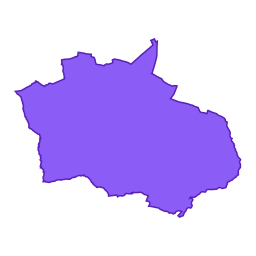 Iordacheanu, Prahova, Romania (Natural Earth projection)
{"feature_id": "2599482B35021706171000", "entity_name": "Iordacheanu", "entity_type": "district", "adm_level": 2, "iso_a3": "ROU", "parent_name": "Romania", "parent_adm1": "Prahova", "projection": "natural_earth1", "projection_center": [26.207, 45.054], "detail": "fine", "context": "isolated", "style": "filled", "palette": "violet", "viewbox_px": 256, "rotation_deg": 0, "n_neighbors": 0, "source": "geoboundaries", "source_scale": "gbopen_adm2", "svg_char_len": 5721}
<svg xmlns="http://www.w3.org/2000/svg" viewBox="0 0 256 256"><path d="M240.4,167.4L240.4,164.3L239.6,162.3L239.5,162.0L239.6,161.5L240.6,159.7L239.7,158.5L238.1,157.0L237.1,154.4L236.8,152.6L235.6,150.5L235.5,149.5L235.3,149.0L234.1,146.9L234.1,146.3L234.6,145.6L233.9,144.7L234.1,143.9L233.3,143.2L232.4,141.7L231.5,140.9L231.4,140.1L231.5,139.2L232.1,138.5L231.2,138.1L230.6,137.5L230.0,136.0L229.9,135.2L230.2,134.0L230.2,132.2L229.7,131.6L229.6,131.1L229.1,130.0L228.4,129.1L228.1,128.2L227.5,127.6L227.2,126.7L226.7,125.9L227.2,122.1L226.8,121.8L225.8,121.6L225.1,119.8L225.2,119.4L224.9,119.3L224.2,118.1L222.1,116.8L217.9,115.0L216.8,113.8L211.5,112.0L208.1,110.4L207.9,110.4L206.8,113.7L206.1,113.3L204.1,112.8L201.2,112.4L200.1,111.8L199.3,110.4L199.1,109.7L198.3,108.2L198.2,107.5L195.6,106.8L192.8,105.5L192.6,105.2L192.1,105.2L189.8,104.6L189.1,104.2L184.9,103.1L179.1,102.0L170.5,98.7L173.6,94.5L174.2,93.5L176.8,86.8L177.0,85.9L173.8,85.6L172.4,86.2L170.5,85.3L168.7,84.7L163.7,81.7L161.4,78.5L160.8,78.4L157.0,76.5L153.7,74.5L151.8,73.6L152.0,73.4L154.7,64.5L156.3,58.5L156.8,56.1L157.0,46.4L157.3,41.2L155.8,41.8L154.4,38.9L150.8,40.4L152.3,42.9L152.0,43.0L153.0,45.1L141.0,55.2L138.7,57.4L131.0,64.2L128.1,62.6L125.6,61.7L122.8,61.1L119.8,60.1L114.4,59.0L112.4,59.9L112.3,60.4L112.9,61.3L112.6,62.8L108.4,64.3L107.0,63.9L106.3,64.0L104.5,65.1L104.1,65.8L100.6,64.9L98.1,64.6L96.0,64.2L95.8,62.9L95.2,61.3L95.0,59.6L94.5,58.3L94.1,57.5L93.7,57.2L92.5,57.3L92.2,56.9L91.2,56.5L91.3,54.3L85.6,53.8L84.5,53.3L78.2,52.3L77.9,54.5L78.0,54.9L77.8,55.5L77.6,55.7L77.4,56.3L77.0,56.3L76.1,57.0L75.9,57.0L75.8,56.6L75.7,56.6L72.9,57.9L69.4,59.0L64.9,59.3L61.7,59.8L61.7,61.9L62.1,62.9L61.7,63.3L62.0,64.0L61.6,64.6L62.4,64.9L62.8,65.3L63.0,66.1L63.3,68.7L63.0,69.8L62.9,71.2L63.7,73.2L64.1,75.9L64.4,76.7L64.2,77.7L64.5,77.8L64.6,78.2L64.4,78.9L52.6,84.0L50.1,83.2L48.7,83.5L48.2,84.5L45.5,85.2L44.7,86.0L44.7,86.3L41.7,85.0L40.1,83.7L39.4,83.4L38.2,82.1L36.9,81.6L36.5,81.2L36.2,81.1L36.3,82.0L36.1,82.0L35.6,81.4L35.4,81.4L35.3,81.6L35.5,82.1L35.2,82.5L34.2,82.9L33.4,83.1L32.6,83.7L32.0,83.8L31.1,85.3L29.8,85.8L28.0,86.9L26.7,87.3L24.2,89.0L22.8,89.5L22.6,89.8L21.2,90.6L15.4,91.4L15.8,91.8L17.3,94.0L18.6,94.7L20.1,96.1L21.0,97.1L21.9,100.7L22.5,101.9L22.7,103.7L23.3,104.7L23.4,106.7L23.0,107.7L23.1,108.4L23.0,108.7L23.5,109.1L23.3,109.7L23.6,111.1L24.6,113.4L24.6,114.7L25.1,116.0L25.0,116.8L26.2,117.7L26.2,118.8L26.5,119.1L26.7,119.7L27.3,120.0L27.4,121.0L28.2,121.9L28.2,122.9L28.6,123.2L29.0,124.8L28.8,125.9L29.1,126.6L28.8,127.3L28.9,127.5L29.9,128.6L30.8,128.7L31.1,129.0L31.9,129.4L33.1,130.7L34.4,131.4L34.9,132.0L35.9,132.7L36.6,133.0L37.5,133.8L38.4,134.3L39.6,134.3L39.7,134.5L39.7,135.5L40.3,136.8L40.1,137.5L40.3,137.7L40.8,137.7L40.9,137.8L40.8,138.5L39.7,138.9L39.9,139.8L39.8,140.4L40.0,140.6L40.0,141.2L39.2,142.9L38.8,143.3L39.2,143.7L38.5,144.6L39.0,145.3L38.5,145.9L39.2,146.4L39.3,146.6L38.1,147.5L38.4,148.0L38.1,149.8L38.4,150.6L38.8,151.0L39.0,151.9L39.1,152.6L39.0,153.3L39.1,154.1L40.0,155.1L40.6,155.2L40.9,155.4L40.3,156.6L40.4,157.0L40.8,157.3L40.9,157.6L40.7,158.3L40.7,158.7L40.1,159.7L40.7,160.9L41.5,161.1L41.5,161.3L41.3,161.7L41.2,163.1L40.8,163.6L41.0,164.6L40.2,166.0L40.4,166.3L41.5,167.0L40.6,167.8L41.7,168.2L43.3,169.6L43.4,170.1L43.3,172.1L44.3,172.2L44.0,173.1L43.9,175.0L43.6,176.0L43.2,176.6L43.1,178.3L43.4,178.8L43.5,179.7L43.5,180.7L43.1,181.7L43.8,181.8L44.1,181.6L44.3,181.1L44.6,181.1L45.1,181.3L45.4,181.8L48.7,182.4L49.6,182.4L51.4,181.6L54.7,181.2L55.5,180.8L56.6,180.0L58.4,180.0L60.0,179.6L60.8,180.1L61.4,180.1L62.3,179.6L64.7,179.4L65.9,178.9L66.9,179.2L67.7,179.1L68.3,179.3L68.8,179.1L69.2,179.3L70.1,179.1L72.8,177.4L74.1,177.5L74.7,177.1L75.4,177.2L75.6,177.1L76.1,176.5L76.7,176.4L77.3,176.0L78.4,175.6L80.3,175.5L80.8,175.9L81.2,176.0L82.5,175.2L82.9,175.2L83.7,175.8L84.3,175.4L84.7,176.0L86.1,176.8L86.4,176.9L86.8,176.7L87.6,177.0L88.8,178.4L89.9,179.2L90.2,179.9L90.7,180.4L91.4,182.1L91.9,182.6L92.8,183.0L92.8,183.8L93.9,184.3L93.9,184.8L94.1,185.1L95.0,185.8L95.4,185.9L96.1,186.4L96.5,187.3L97.1,187.4L98.4,187.1L99.9,187.0L103.5,187.9L104.8,189.6L106.0,190.6L107.5,192.3L108.5,194.2L108.5,195.4L108.6,196.1L116.9,195.0L117.5,196.8L118.8,196.0L120.2,195.7L122.3,196.0L123.7,195.7L125.0,194.7L125.3,193.8L125.9,193.5L126.7,193.5L128.2,193.8L131.4,193.8L131.1,193.3L132.6,193.2L132.3,192.7L132.8,192.6L132.8,192.4L135.6,192.6L138.0,192.5L138.2,192.3L138.8,192.5L140.1,192.2L141.8,192.6L144.4,194.5L145.8,194.7L148.2,195.9L146.2,201.0L148.9,201.6L149.6,202.2L149.8,203.3L149.7,204.0L148.7,206.2L149.4,206.1L158.6,208.0L160.2,209.3L163.7,210.9L165.1,211.3L166.7,211.4L168.0,211.9L168.5,212.2L168.6,212.6L169.5,213.2L170.5,212.9L171.9,213.0L173.2,214.0L174.3,213.4L175.0,213.3L175.3,212.4L176.7,211.3L177.9,210.8L179.0,210.7L181.8,211.6L178.0,215.7L178.3,216.1L179.8,217.1L180.5,216.6L183.2,215.7L184.2,212.9L185.7,211.2L186.6,209.1L187.5,208.1L187.9,207.8L189.4,207.7L190.7,208.1L191.7,207.0L192.2,205.3L192.1,204.9L191.4,204.0L191.5,202.3L191.8,201.6L192.8,200.2L192.8,199.5L192.6,199.0L191.6,198.4L191.3,197.8L189.8,198.2L190.6,197.0L190.7,196.9L191.5,197.4L192.5,197.2L194.3,197.2L195.2,197.0L197.5,195.1L199.2,194.1L201.1,192.1L202.4,191.7L204.0,192.0L205.5,192.0L205.9,191.4L206.5,190.1L207.3,189.6L209.6,189.4L210.9,189.6L216.5,189.2L217.2,188.9L218.3,187.8L219.1,187.5L221.1,187.9L222.3,188.5L225.5,187.7L226.3,187.0L226.3,186.0L227.2,184.2L227.4,182.4L228.0,182.0L228.7,181.9L229.9,181.0L232.5,179.9L233.3,178.9L234.6,177.8L235.9,177.2L237.1,175.6L238.4,174.8L238.5,174.3L238.2,173.8L238.1,173.2L238.5,172.4L238.1,171.4L238.2,171.1L239.4,168.4L240.2,167.9L240.4,167.4Z" fill="#8b5cf6" stroke="#5b21b6" stroke-width="1.5"/></svg>